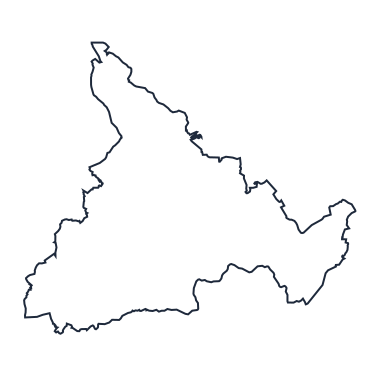 Poiana Blenchii, Salaj, Romania, rotated 182°
{"feature_id": "2599482B10534367656456", "entity_name": "Poiana Blenchii", "entity_type": "district", "adm_level": 2, "iso_a3": "ROU", "parent_name": "Romania", "parent_adm1": "Salaj", "projection": "mercator", "projection_center": [23.787, 47.298], "detail": "fine", "context": "isolated", "style": "outline", "palette": "slate", "viewbox_px": 384, "rotation_deg": 182, "n_neighbors": 0, "source": "geoboundaries", "source_scale": "gbopen_adm2", "svg_char_len": 5958}
<svg xmlns="http://www.w3.org/2000/svg" viewBox="0 0 384 384"><g transform="rotate(182 192 192)"><path d="M296.2,333.8L289.9,324.4L288.1,319.6L287.2,318.7L289.1,318.1L293.4,321.6L296.0,319.9L296.9,318.8L295.7,317.0L295.9,315.8L294.6,312.9L295.6,308.7L296.7,305.8L296.5,304.7L296.9,303.0L296.6,295.5L296.2,293.3L293.9,286.1L293.4,285.3L291.1,283.8L289.1,281.5L283.6,277.3L282.9,276.0L280.2,273.7L277.7,269.1L274.7,258.3L269.6,253.6L267.1,248.4L264.5,245.4L264.4,244.6L264.7,244.2L264.3,243.7L265.7,242.2L266.7,240.0L270.4,236.0L272.3,234.6L275.8,228.8L277.9,228.1L279.0,223.7L280.0,222.0L285.2,217.8L295.3,213.2L294.9,212.5L294.9,211.5L295.3,211.0L295.1,210.5L294.2,209.5L292.0,208.5L292.4,206.7L292.0,205.3L290.6,205.7L289.8,205.0L289.0,205.2L288.3,203.6L286.4,202.5L285.7,200.6L284.4,198.9L284.0,199.0L283.9,199.5L284.5,199.7L286.0,202.2L284.9,200.9L283.9,200.5L282.3,197.9L282.3,197.1L281.4,198.3L281.7,196.9L283.1,194.7L284.9,195.3L285.4,194.8L285.5,193.5L285.9,193.0L290.8,192.8L291.4,191.1L292.4,191.2L296.4,187.3L300.5,189.6L300.1,188.8L300.2,188.0L300.6,187.8L300.2,186.9L300.2,185.9L299.1,184.0L299.9,183.3L299.4,179.1L299.8,178.3L300.1,173.3L299.6,172.4L297.2,171.4L298.0,169.8L297.1,167.8L295.9,167.3L297.0,166.4L296.2,165.3L295.9,163.6L298.7,162.1L300.3,159.1L302.6,157.2L303.5,159.2L304.3,158.7L307.0,159.5L310.4,159.1L310.9,159.3L311.3,160.3L314.1,159.7L316.4,160.4L318.1,160.1L320.9,158.7L321.3,156.6L322.7,155.1L322.3,152.7L322.8,150.7L324.4,148.3L327.6,145.1L327.0,143.3L326.9,137.8L328.0,136.9L326.5,136.4L325.5,131.8L326.4,126.7L326.2,123.3L327.7,125.4L336.8,118.4L336.0,116.4L339.5,115.4L342.3,115.4L344.3,113.4L345.5,111.0L346.4,108.1L346.2,106.7L346.6,104.6L350.9,103.4L352.8,102.2L354.9,100.1L354.7,99.1L353.1,96.5L349.9,93.9L350.5,93.7L349.1,92.9L349.7,92.2L349.4,90.3L350.3,90.4L349.9,88.7L351.7,88.6L352.3,86.7L353.6,85.1L352.8,84.0L353.9,82.5L353.8,81.0L355.5,79.2L356.0,77.9L355.5,74.2L354.1,69.8L354.1,65.8L354.6,63.0L354.4,60.8L342.5,61.8L336.8,64.1L330.1,65.9L328.4,60.3L326.5,56.7L326.4,55.5L325.2,55.4L323.7,53.8L323.4,53.2L324.3,53.2L323.9,52.4L321.7,51.9L322.9,50.7L324.3,48.1L322.9,46.9L321.1,47.9L319.7,46.2L318.4,45.8L316.3,47.2L316.0,47.8L316.2,49.0L315.8,50.1L314.0,52.9L312.6,53.8L312.5,56.1L307.9,54.6L307.1,52.9L307.6,52.1L306.4,51.9L301.8,49.0L299.7,49.0L298.9,50.6L297.8,51.1L293.0,51.4L292.3,50.2L288.6,54.1L286.5,55.2L285.6,54.5L284.2,51.9L283.2,51.5L281.8,52.7L281.2,53.7L281.2,56.3L280.8,57.0L274.6,56.9L270.1,58.7L267.4,61.5L260.3,61.6L258.8,63.1L257.3,65.8L251.7,68.9L249.0,69.6L247.7,70.6L247.3,71.4L245.9,70.8L244.4,71.7L242.1,71.5L240.6,72.4L239.9,71.4L238.8,71.3L234.5,73.5L233.3,73.0L233.4,72.2L232.1,72.5L230.7,71.9L227.1,71.7L223.5,73.0L220.9,71.3L218.1,72.3L215.3,72.4L212.5,74.2L208.4,73.4L203.2,73.9L194.3,70.0L191.6,69.6L187.6,73.4L183.0,74.2L182.2,74.6L181.7,75.5L182.2,81.3L184.1,83.8L184.9,86.9L186.7,89.4L187.0,90.6L186.8,96.0L184.6,102.8L182.9,104.6L181.7,105.0L179.2,103.8L176.1,104.5L174.1,103.3L169.6,102.5L167.3,103.4L161.9,103.8L161.0,104.5L159.6,106.6L159.0,109.7L157.9,111.5L154.5,114.5L153.6,116.2L153.3,119.3L151.6,120.9L150.3,121.4L147.0,120.4L142.7,117.6L139.2,117.2L132.0,113.7L129.6,114.3L123.9,120.0L119.2,120.7L116.6,119.4L114.4,120.3L113.1,120.1L111.2,117.3L107.7,114.1L106.9,112.3L107.2,110.1L102.3,103.4L101.5,101.1L100.5,100.2L99.6,100.0L96.4,101.4L95.4,101.0L94.3,99.7L94.2,98.9L94.8,95.8L93.0,92.5L92.8,86.2L92.3,84.9L86.6,85.0L83.6,86.7L81.3,86.1L79.1,87.4L77.4,89.3L75.2,85.8L74.4,83.7L74.0,83.8L72.5,84.6L58.3,103.6L55.6,115.5L53.3,118.5L45.6,122.5L45.9,123.1L45.7,124.1L42.4,124.5L39.1,129.8L37.4,130.8L39.4,132.0L39.7,133.0L39.3,133.6L38.6,133.2L37.4,134.1L36.5,136.2L35.7,137.1L34.6,139.6L34.4,142.9L34.6,143.9L34.1,145.5L34.3,146.3L36.7,146.9L36.3,150.1L40.4,150.0L40.4,151.0L40.3,152.1L39.9,152.1L39.7,154.6L37.9,159.9L33.7,161.1L36.2,164.4L35.9,168.1L36.3,169.7L35.1,172.9L31.7,176.5L28.4,178.2L28.0,178.7L28.4,179.8L32.0,185.3L35.4,186.6L38.8,188.9L41.0,189.5L42.0,188.6L42.5,187.3L43.9,187.4L46.0,185.5L47.5,185.0L50.5,182.8L53.4,182.6L54.3,181.3L52.6,174.2L59.2,171.9L60.8,169.5L62.0,168.6L71.2,163.1L79.1,155.2L80.6,154.8L81.8,155.1L84.2,158.2L85.7,162.6L86.8,164.6L88.6,166.7L91.5,167.8L93.6,167.8L96.6,169.3L96.9,169.9L96.8,171.1L102.5,179.8L99.3,181.5L102.5,186.7L103.1,185.7L103.9,185.1L104.8,185.4L107.5,187.9L110.6,192.5L107.9,195.9L117.8,206.2L119.9,204.1L122.5,202.7L123.7,202.6L126.9,204.4L129.2,203.9L130.0,202.7L129.6,202.3L127.9,202.7L127.4,202.4L127.6,199.4L131.1,198.3L134.3,198.2L133.8,196.7L134.1,194.5L136.4,192.8L137.5,192.7L138.5,193.9L137.3,195.2L137.9,197.2L137.7,200.9L140.6,207.4L140.6,210.2L144.7,212.4L144.3,213.8L144.7,214.9L143.9,216.3L143.9,217.8L144.3,218.5L144.9,218.7L144.3,221.3L145.2,227.6L148.1,226.5L152.4,227.8L159.3,228.4L163.3,226.8L163.6,226.4L163.5,225.4L165.3,223.2L165.9,223.3L166.4,227.4L175.9,227.3L177.6,228.2L178.6,229.8L182.5,229.5L183.3,232.4L183.9,232.4L184.1,234.9L194.1,242.7L195.1,244.1L191.3,245.5L189.5,247.0L189.8,247.7L189.4,248.1L188.1,247.4L188.6,246.5L187.1,246.0L186.5,246.4L186.8,248.0L185.6,248.2L184.5,247.1L184.6,247.7L185.7,249.3L186.4,249.5L187.7,248.8L190.0,248.6L195.2,245.7L194.1,247.4L190.1,250.0L189.8,251.2L188.9,252.1L189.6,252.3L196.1,249.1L197.0,250.4L198.0,250.6L199.1,252.2L199.3,253.4L200.2,253.2L200.4,257.2L198.3,260.6L198.2,261.3L199.9,264.1L199.6,266.5L202.0,270.8L208.1,272.9L209.7,271.9L213.9,271.0L216.4,272.4L218.7,274.9L223.6,278.5L228.2,279.9L230.0,281.2L230.8,282.8L232.7,285.1L234.1,288.8L235.1,289.6L239.5,290.8L242.5,294.2L251.4,295.5L253.4,296.4L257.1,299.3L259.0,300.0L258.7,301.5L259.5,301.8L259.9,303.1L257.6,307.0L256.8,310.0L256.9,312.8L257.8,314.0L259.9,314.5L261.8,316.8L265.7,319.1L270.3,323.9L272.7,325.0L276.0,327.5L279.8,328.6L280.4,327.4L280.9,327.4L281.7,326.2L282.0,326.9L281.9,328.4L284.1,329.9L282.5,331.0L280.3,334.0L283.7,337.3L286.1,338.2L297.5,337.8L297.4,336.6L296.6,335.3L296.2,333.8Z" fill="none" stroke="#1e293b" stroke-width="2"/></g></svg>